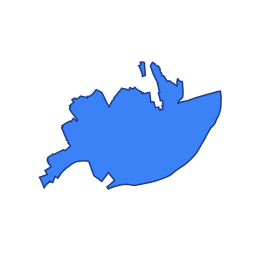 the district of Hung Yen, Hưng Yên, Vietnam, rotated 252°
{"feature_id": "81297802B83594447255", "entity_name": "Hung Yen", "entity_type": "district", "adm_level": 2, "iso_a3": "VNM", "parent_name": "Vietnam", "parent_adm1": "Hưng Yên", "projection": "orthographic", "projection_center": [106.072, 20.66], "detail": "fine", "context": "isolated", "style": "filled", "palette": "blue", "viewbox_px": 256, "rotation_deg": 252, "n_neighbors": 0, "source": "geoboundaries", "source_scale": "gbopen_adm2", "svg_char_len": 5705}
<svg xmlns="http://www.w3.org/2000/svg" viewBox="0 0 256 256"><g transform="rotate(252 128 128)"><path d="M95.5,199.2L98.4,202.1L100.3,204.3L102.2,206.5L102.6,207.2L103.1,208.0L103.6,209.0L104.5,210.6L105.6,212.1L108.4,214.5L110.8,216.9L113.2,219.0L116.9,221.5L119.7,222.9L123.7,224.3L126.7,225.5L129.3,226.3L134.5,227.3L134.7,225.8L135.0,223.9L135.1,221.6L135.1,219.2L135.4,214.6L135.7,206.1L135.8,201.8L135.8,200.3L135.7,199.2L135.7,197.8L135.6,195.3L135.5,193.3L135.7,192.1L136.0,189.5L136.3,186.9L136.2,185.8L136.2,183.1L136.8,183.5L137.1,183.7L137.3,184.0L137.9,184.9L138.5,185.6L139.0,186.7L139.2,187.3L139.6,188.5L140.0,189.1L140.7,189.6L142.4,190.4L143.8,191.0L145.0,191.4L150.1,192.7L152.5,193.4L154.5,193.8L155.0,194.0L155.4,193.9L155.5,193.8L156.6,191.3L156.9,191.2L157.2,191.1L158.1,191.1L158.4,191.1L158.7,191.0L159.4,190.3L158.3,189.7L157.2,189.1L155.8,188.5L154.1,188.1L153.0,187.8L153.4,187.3L153.3,187.2L154.1,186.5L155.4,185.7L155.8,185.5L156.1,185.0L156.3,184.8L156.5,184.6L156.8,184.3L157.1,184.2L157.4,183.9L158.3,183.4L159.3,182.7L159.7,182.4L159.9,182.1L160.0,181.9L160.2,181.1L160.2,180.6L160.0,180.1L160.8,179.7L161.7,179.3L163.6,178.9L166.1,178.2L166.7,177.9L167.2,176.5L168.7,176.7L169.9,176.8L171.0,176.3L173.7,176.2L174.0,176.8L176.0,176.4L177.5,175.9L177.9,175.7L177.7,175.3L177.7,175.1L178.7,174.2L180.3,173.2L180.5,173.1L180.8,173.4L182.8,171.6L182.2,170.7L181.0,169.4L180.1,168.5L175.3,168.6L172.3,168.7L171.5,168.7L170.6,168.9L168.6,169.1L166.6,169.3L165.9,169.4L164.6,169.7L163.0,170.0L161.9,170.4L161.4,169.7L160.1,169.7L158.5,169.7L157.3,169.6L156.4,169.4L154.3,169.2L152.9,169.1L151.9,169.1L151.9,168.1L151.9,167.6L149.2,167.6L146.7,167.4L143.9,167.2L143.5,169.1L138.8,168.4L138.7,167.2L136.1,167.1L135.2,166.9L135.2,165.8L135.1,164.7L135.5,164.6L135.9,164.5L135.5,163.3L135.6,163.2L135.9,163.3L136.6,163.4L137.5,163.5L138.5,163.6L138.8,160.8L138.9,160.4L139.4,160.3L145.0,160.6L145.6,157.7L150.4,158.7L152.4,159.1L155.2,159.5L155.6,155.3L155.8,153.7L155.8,153.3L156.8,153.4L156.9,151.5L158.2,151.8L158.5,151.9L158.6,151.6L160.2,149.9L161.3,148.9L162.4,148.2L163.8,147.5L164.6,147.1L163.6,145.0L164.8,143.6L165.8,142.2L163.9,140.9L165.1,138.7L167.8,134.2L166.7,133.2L165.2,130.6L164.0,128.5L163.3,127.6L162.2,126.0L161.7,125.2L161.5,124.6L161.4,124.4L161.2,124.1L160.5,123.8L159.6,123.1L159.4,122.9L159.2,122.6L159.0,122.1L158.7,121.5L158.6,121.3L158.4,121.1L158.0,120.6L157.0,119.6L156.1,118.7L154.1,116.5L158.7,115.6L163.0,115.1L168.3,114.3L169.9,114.1L174.3,109.6L173.7,108.8L172.7,107.3L171.8,105.8L171.1,104.6L170.8,103.8L170.6,103.2L170.3,102.4L170.2,101.8L170.1,101.2L170.2,100.3L170.4,99.4L170.6,98.9L170.1,98.7L169.3,98.6L170.4,96.9L172.0,94.5L172.6,93.2L173.0,92.6L172.7,92.1L172.6,91.9L172.4,91.6L172.2,91.3L172.1,91.0L171.9,89.9L171.6,88.3L171.5,87.6L171.5,87.2L172.9,86.7L172.7,85.4L172.5,84.4L172.1,83.4L171.3,83.6L169.3,84.5L168.8,83.4L168.3,82.0L167.8,80.6L167.1,79.2L165.6,79.9L165.4,79.4L165.0,78.8L164.8,78.5L164.5,78.4L164.1,78.3L163.0,78.5L161.6,78.8L159.9,79.3L159.1,79.6L158.0,80.0L156.4,80.7L154.3,81.5L151.9,82.2L151.1,82.3L150.9,82.3L150.8,82.1L150.5,81.4L150.4,81.2L151.7,80.6L153.6,79.4L154.1,79.1L153.7,78.6L151.5,75.8L152.5,75.2L152.5,74.9L152.3,73.8L152.0,72.1L151.8,71.1L151.5,70.0L151.1,68.1L150.4,65.8L149.1,66.5L148.7,64.9L146.0,65.3L143.1,65.5L141.9,65.5L139.4,65.7L138.1,66.0L135.2,65.9L135.2,66.6L133.2,67.2L132.7,66.6L132.5,66.3L132.1,66.5L131.7,66.5L130.6,67.1L129.4,67.6L129.0,67.7L128.8,67.7L128.7,67.5L127.6,65.1L126.4,62.5L126.1,61.5L126.0,61.2L126.7,60.5L127.0,60.1L127.2,59.8L127.2,59.4L126.8,57.0L126.4,53.9L126.0,51.2L125.8,49.7L125.8,49.0L126.2,48.7L126.4,48.6L126.5,48.5L126.5,48.3L126.3,48.1L126.0,47.4L125.8,46.9L125.5,46.1L125.4,45.5L125.4,45.2L125.4,44.9L125.3,44.7L125.0,44.6L124.9,44.3L124.8,43.6L124.7,42.9L124.5,42.5L124.2,42.3L123.8,42.2L122.4,42.0L122.5,41.2L121.8,41.3L120.8,41.3L119.8,41.4L118.3,41.7L116.8,42.2L114.9,42.8L114.0,39.5L113.2,36.0L109.6,36.7L108.7,36.8L108.6,33.9L108.5,30.7L108.5,28.7L106.7,28.9L104.1,29.3L101.4,29.6L100.3,29.7L98.7,29.6L98.2,29.6L97.1,29.7L98.2,31.3L99.3,32.5L100.2,33.7L99.7,34.3L101.5,36.5L100.5,37.2L101.1,37.9L99.4,39.6L102.3,41.9L104.5,43.6L101.9,45.9L103.0,47.2L103.7,48.1L105.1,49.7L105.7,50.6L106.3,51.5L106.9,52.6L108.1,55.2L108.7,56.5L109.2,58.0L110.3,61.1L110.8,62.6L111.2,63.8L111.5,64.8L111.7,65.8L111.8,67.2L111.9,67.9L111.8,68.9L111.7,70.5L111.3,72.6L111.1,73.6L110.6,75.1L110.2,76.5L109.9,77.3L109.3,78.6L108.6,79.8L108.4,80.4L105.5,80.4L102.6,80.6L98.8,80.6L96.6,80.7L93.2,80.9L91.3,82.2L89.9,83.2L89.5,83.9L89.2,84.1L88.8,84.4L87.9,84.7L86.8,85.4L85.2,86.5L86.9,88.8L87.8,90.1L89.3,92.3L91.1,94.8L91.7,95.5L89.0,96.5L87.0,97.3L84.3,98.3L82.2,99.0L78.3,89.7L76.1,90.5L76.4,93.1L76.5,96.2L76.4,100.0L76.2,102.4L76.1,103.8L76.0,104.4L75.7,105.9L75.3,107.9L75.0,108.7L74.6,109.7L73.6,112.2L73.1,113.1L72.7,113.9L72.2,114.8L71.8,115.5L71.5,116.2L71.2,117.4L70.9,120.5L70.3,125.0L69.7,130.1L69.4,133.7L69.2,137.2L69.2,141.4L69.2,141.6L69.3,144.1L69.3,145.3L69.3,146.2L69.4,147.4L69.5,148.5L69.6,149.8L69.7,150.9L69.9,152.0L70.2,153.8L71.4,157.0L72.8,160.7L72.9,161.1L73.8,164.0L75.0,168.3L75.8,171.0L77.1,174.3L78.7,177.7L79.1,178.4L81.0,182.0L82.5,184.5L83.7,186.0L86.4,189.2L90.1,193.2L92.6,196.2L95.5,199.2ZM184.0,157.4L181.2,158.0L178.4,158.1L176.8,158.1L176.4,158.2L175.7,158.3L175.1,158.3L174.6,158.3L172.6,157.6L172.6,160.1L172.6,160.7L173.1,160.8L177.7,162.0L181.2,162.8L184.7,163.7L185.4,163.7L185.9,162.8L186.6,160.7L186.8,160.0L186.8,159.8L186.7,159.7L186.3,159.8L185.9,160.0L185.6,160.1L185.0,160.2L184.8,160.1L184.5,160.0L184.3,159.8L184.0,159.3L183.9,158.9L184.0,158.3L184.0,157.4Z" fill="#3b82f6" stroke="#1e3a8a" stroke-width="1.5"/></g></svg>